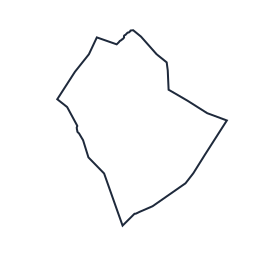 Chandmani, Govi-Altay, Mongolia (Equal Earth projection), rotated 37°
{"feature_id": "93677404B36095264987417", "entity_name": "Chandmani", "entity_type": "district", "adm_level": 2, "iso_a3": "MNG", "parent_name": "Mongolia", "parent_adm1": "Govi-Altay", "projection": "equal_earth", "projection_center": [97.862, 45.436], "detail": "fine", "context": "isolated", "style": "outline", "palette": "slate", "viewbox_px": 256, "rotation_deg": 37, "n_neighbors": 0, "source": "geoboundaries", "source_scale": "gbopen_adm2", "svg_char_len": 944}
<svg xmlns="http://www.w3.org/2000/svg" viewBox="0 0 256 256"><g transform="rotate(37 128 128)"><path d="M202.4,62.5L182.3,68.5L159.0,70.4L137.4,73.0L125.1,58.1L119.4,52.3L106.5,51.9L83.4,47.2L73.3,46.8L71.4,48.6L71.5,49.7L71.2,51.0L71.1,51.3L70.6,51.7L70.3,52.1L70.1,53.4L70.0,54.2L70.0,54.9L69.8,55.4L69.4,56.1L69.4,56.9L69.9,57.6L70.4,58.1L70.4,58.7L70.4,59.4L70.2,60.2L70.1,60.8L69.7,61.2L69.7,62.1L69.3,63.0L69.1,63.3L69.1,63.8L69.0,64.2L69.1,64.7L68.6,68.0L48.6,74.4L52.4,92.6L51.8,115.1L54.2,147.6L66.8,147.9L85.8,156.6L86.3,156.9L86.5,157.7L86.9,158.7L87.4,159.1L87.7,159.5L88.2,160.0L88.7,160.3L89.4,161.0L89.8,161.4L90.3,161.6L91.3,161.7L92.2,161.8L99.5,164.8L114.1,175.3L136.3,178.7L169.5,200.7L182.4,209.2L184.8,192.6L185.6,191.9L185.9,191.6L186.0,191.3L186.1,191.0L186.3,190.8L186.4,190.6L186.8,189.8L187.6,188.2L194.7,175.7L207.2,137.5L207.4,124.9L205.5,102.9L202.4,62.5Z" fill="none" stroke="#1e293b" stroke-width="2"/></g></svg>